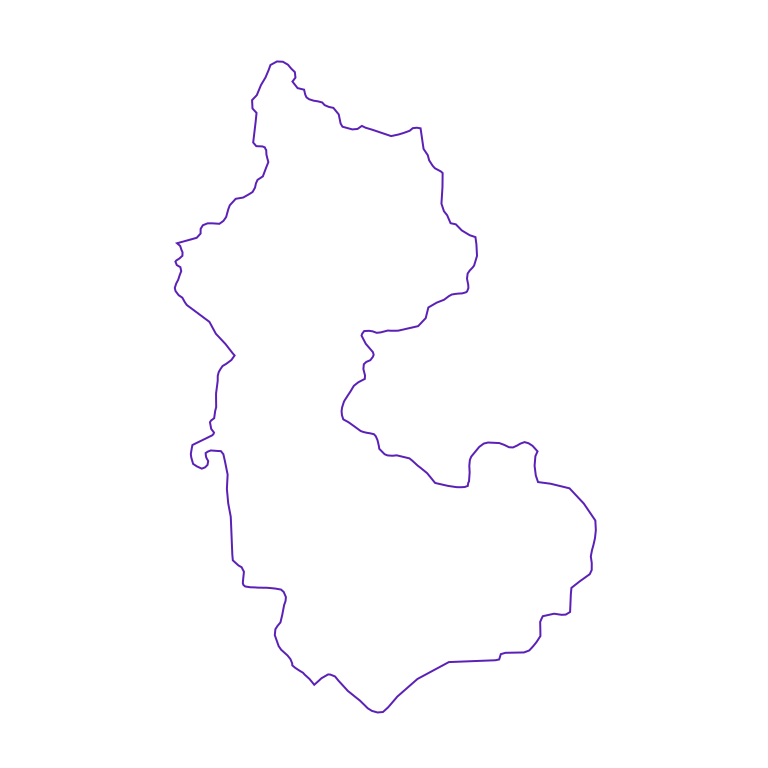 Bozoum, Ouham-Pendé, Central African Republic, rotated 267°
{"feature_id": "33826404B23266852289650", "entity_name": "Bozoum", "entity_type": "district", "adm_level": 2, "iso_a3": "CAF", "parent_name": "Central African Republic", "parent_adm1": "Ouham-Pendé", "projection": "albers", "projection_center": [16.413, 6.229], "detail": "fine", "context": "isolated", "style": "outline", "palette": "violet", "viewbox_px": 768, "rotation_deg": 267, "n_neighbors": 0, "source": "geoboundaries", "source_scale": "gbopen_adm2", "svg_char_len": 4393}
<svg xmlns="http://www.w3.org/2000/svg" viewBox="0 0 768 768"><g transform="rotate(267 384 384)"><path d="M146.6,557.9L164.5,559.6L170.6,560.5L176.8,569.3L183.3,579.5L187.4,581.7L194.3,582.1L201.0,581.5L207.1,583.0L212.2,584.7L218.9,586.6L226.9,587.9L236.6,587.9L254.1,577.3L270.1,563.8L275.7,545.1L278.0,532.7L284.7,530.8L294.5,530.1L304.0,531.4L308.7,533.8L314.5,529.1L317.3,525.2L318.6,521.3L317.3,517.0L315.6,513.8L313.9,509.5L314.3,505.6L316.9,500.9L319.0,496.0L320.1,484.8L319.3,480.5L316.2,475.8L306.9,467.3L303.7,465.8L297.9,464.9L293.4,464.9L291.2,464.9L282.3,463.8L281.0,463.0L277.8,462.3L276.9,459.1L276.9,455.0L277.2,451.0L278.9,442.6L282.5,429.9L284.1,428.7L292.7,422.4L298.5,416.0L300.7,413.4L305.9,408.3L308.4,405.5L312.1,393.0L311.9,388.7L312.5,383.8L313.8,381.0L316.7,378.4L319.5,375.9L322.5,375.6L328.1,374.6L332.2,373.1L334.4,371.3L335.4,367.9L336.3,363.8L337.2,360.8L338.3,358.2L342.3,353.3L345.2,349.7L347.8,346.4L350.8,341.5L354.9,340.4L359.0,340.2L362.7,340.9L368.3,343.0L369.8,343.9L374.5,347.3L378.0,349.9L383.8,353.8L387.1,358.5L390.1,365.1L393.5,365.5L400.0,364.2L404.8,364.9L407.0,367.5L408.5,371.6L411.7,374.3L413.7,375.2L416.4,374.6L420.3,371.6L425.1,367.9L433.5,364.1L435.5,364.9L437.9,367.0L437.9,369.0L437.9,371.8L437.2,375.4L435.5,379.3L435.7,383.2L436.3,386.2L437.2,390.7L436.8,393.7L436.5,400.9L440.0,421.1L447.6,429.1L458.1,432.3L462.5,440.9L465.0,448.4L468.3,453.3L469.8,456.3L470.2,459.7L470.4,463.2L470.4,466.8L471.3,470.7L472.1,471.8L475.4,473.3L478.6,473.3L484.9,472.4L489.9,473.3L492.9,475.6L495.7,478.6L497.6,480.2L507.1,483.6L518.6,483.6L525.9,483.0L528.1,477.4L533.3,469.7L539.7,464.1L541.1,458.9L549.2,455.9L553.4,452.9L561.1,450.8L577.6,452.7L591.6,453.6L593.3,451.9L596.8,446.1L599.4,444.0L605.0,440.8L610.2,439.7L616.7,435.8L637.4,433.9L638.2,430.3L638.0,426.2L635.5,422.8L633.7,416.8L632.4,411.6L631.2,404.1L638.5,385.7L640.9,379.0L642.9,375.4L640.1,370.9L639.9,365.7L643.1,356.0L646.4,354.3L655.6,352.9L662.4,347.9L663.6,343.4L665.6,339.3L668.4,337.0L669.7,332.9L670.6,328.6L672.3,324.1L674.3,321.6L677.1,320.5L682.1,319.6L684.0,313.2L690.8,308.4L694.6,311.6L700.1,311.3L703.9,307.8L707.9,304.8L711.1,299.9L711.7,294.0L708.5,287.3L703.5,285.2L696.3,281.7L689.0,276.8L679.1,272.1L674.4,267.1L666.0,267.1L661.4,270.9L652.3,269.5L632.0,266.0L628.2,268.9L627.6,275.1L626.5,277.4L624.7,278.0L623.9,278.6L619.2,278.6L616.0,279.2L611.6,280.1L606.4,277.7L597.7,273.9L594.5,268.4L591.0,266.6L586.9,265.5L582.6,262.8L580.5,259.0L577.6,253.2L576.7,245.6L570.6,239.4L566.8,237.7L559.0,235.1L555.2,232.1L552.6,228.0L553.4,221.3L553.7,216.3L552.0,211.4L548.5,209.0L543.8,208.7L539.8,204.6L535.4,184.7L532.5,187.7L528.4,188.8L526.1,189.7L522.6,189.4L520.0,186.2L518.2,183.0L517.1,182.1L513.6,183.3L511.3,186.8L507.2,187.4L504.0,185.9L498.8,183.9L495.3,181.8L490.9,180.1L487.7,180.7L483.4,183.6L480.8,187.1L476.1,189.4L473.2,191.2L455.2,212.9L443.0,218.7L432.2,227.8L422.6,234.5L420.3,236.3L415.9,232.8L412.4,227.5L410.4,223.7L407.8,221.7L404.6,219.6L400.8,218.4L395.9,218.1L391.5,217.3L383.4,215.8L377.6,215.5L369.7,215.2L365.9,214.0L358.7,212.6L356.6,209.4L354.9,208.2L348.2,209.1L344.4,211.7L343.0,211.1L341.8,209.9L333.1,189.5L329.6,188.6L324.1,187.4L320.6,187.7L314.2,189.2L311.6,192.7L309.0,197.6L310.1,200.9L312.4,203.5L316.2,204.4L320.0,202.6L322.6,202.3L324.4,202.3L325.8,204.7L326.7,207.6L325.8,214.6L325.5,217.6L322.3,219.9L315.3,221.1L301.7,223.1L287.4,221.6L272.9,222.2L259.5,224.0L256.6,224.0L221.7,223.6L215.8,223.8L210.4,229.2L208.5,232.2L203.8,234.3L198.8,233.5L194.2,232.8L192.7,232.6L190.8,233.0L189.1,234.7L188.0,239.9L187.6,244.8L187.3,246.8L186.9,252.4L186.7,256.0L186.1,260.3L185.4,264.8L184.1,270.4L181.5,273.0L176.3,274.9L172.4,274.3L168.5,272.7L160.8,270.8L158.4,270.2L154.7,269.1L151.3,268.1L148.0,265.0L144.8,262.7L138.9,261.8L127.7,265.1L124.0,267.4L118.0,273.4L114.1,276.2L109.8,277.7L107.8,277.7L105.2,280.5L102.6,284.0L99.8,288.1L97.9,289.6L93.4,294.1L87.3,298.6L91.2,303.5L93.4,306.1L96.9,313.0L96.6,315.3L94.5,319.8L90.0,323.1L85.4,326.9L79.4,331.8L68.8,343.7L61.0,350.8L58.2,354.8L56.3,360.4L56.5,365.8L60.8,371.1L65.6,375.7L71.2,381.0L87.7,402.0L102.9,434.2L102.3,480.7L102.9,484.6L108.1,486.5L109.2,491.2L108.6,509.7L110.3,515.1L114.4,519.3L118.3,522.8L124.1,527.0L128.6,527.2L138.2,527.5L140.7,528.7L143.8,530.4L145.7,541.8L144.2,549.3L144.2,553.4L146.6,557.9Z" fill="none" stroke="#5b21b6" stroke-width="2"/></g></svg>